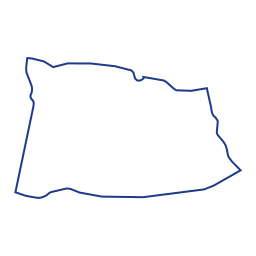 outline of Saint Ann
{"feature_id": "JAM-1379", "entity_name": "Saint Ann", "entity_type": "Parish", "adm_level": 1, "iso_a3": "JAM", "parent_name": "Jamaica", "parent_adm1": "", "projection": "orthographic", "projection_center": [-77.258, 18.33], "detail": "fine", "context": "isolated", "style": "outline", "palette": "blue", "viewbox_px": 256, "rotation_deg": 0, "n_neighbors": 0, "source": "natural_earth", "source_scale": "10m", "svg_char_len": 903}
<svg xmlns="http://www.w3.org/2000/svg" viewBox="0 0 256 256"><path d="M27.3,58.1L32.0,58.5L43.9,61.4L53.2,67.1L67.6,63.4L90.9,63.5L114.9,66.2L131.4,70.4L133.4,72.6L135.1,78.5L137.3,80.5L140.0,80.6L142.4,79.4L143.9,77.9L143.5,77.0L163.9,80.5L166.4,82.1L174.0,88.8L176.4,90.3L191.3,90.8L206.9,88.2L207.3,90.3L211.2,107.9L211.5,110.4L212.4,113.8L213.3,115.5L215.7,117.8L217.0,119.6L217.8,121.4L216.8,132.1L217.0,133.6L218.0,135.3L223.6,142.0L225.5,145.1L226.9,149.5L227.6,153.6L228.3,156.2L228.9,157.4L231.9,161.5L240.6,170.3L213.3,185.8L204.1,189.4L143.0,197.2L101.8,196.6L79.4,192.5L70.7,189.0L68.3,188.6L66.5,188.5L51.0,192.1L49.9,192.6L46.7,195.1L45.0,196.1L41.8,197.4L39.6,197.8L37.6,197.9L26.1,195.9L15.4,192.3L33.5,106.0L33.7,103.7L33.5,101.5L31.1,98.5L30.5,97.1L30.5,95.4L31.7,92.4L32.1,89.6L31.7,86.1L26.5,72.6L26.1,68.6L27.1,59.1L27.3,58.1Z" fill="none" stroke="#1e3a8a" stroke-width="2"/></svg>